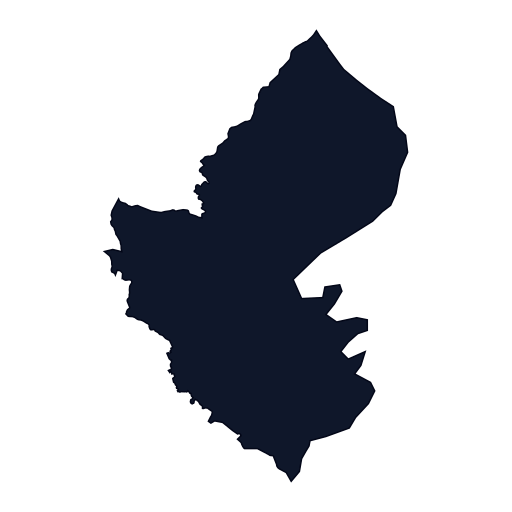 the district of Effia Kwesimintsim Municipal, Western, Ghana
{"feature_id": "2480657B49181902253284", "entity_name": "Effia Kwesimintsim Municipal", "entity_type": "district", "adm_level": 2, "iso_a3": "GHA", "parent_name": "Ghana", "parent_adm1": "Western", "projection": "mercator", "projection_center": [-1.811, 4.965], "detail": "fine", "context": "isolated", "style": "filled", "palette": "ink", "viewbox_px": 512, "rotation_deg": 0, "n_neighbors": 0, "source": "geoboundaries", "source_scale": "gbopen_adm2", "svg_char_len": 6093}
<svg xmlns="http://www.w3.org/2000/svg" viewBox="0 0 512 512"><path d="M111.7,261.1L111.8,264.4L112.1,265.6L112.2,266.7L111.4,268.9L111.3,270.2L111.8,271.9L113.9,272.9L114.6,273.5L115.0,274.0L115.4,275.0L117.2,270.2L120.4,270.8L122.6,273.2L122.2,278.6L122.7,278.6L124.3,279.7L125.2,280.1L126.7,280.1L128.8,279.8L129.5,279.8L130.4,280.0L131.1,280.3L131.6,280.9L131.7,281.2L131.8,282.2L131.7,282.9L131.4,283.5L130.9,284.1L129.8,286.1L129.7,286.5L129.4,289.9L129.6,291.9L129.6,293.2L129.2,294.6L129.3,296.1L129.1,297.4L128.8,298.0L127.6,299.1L127.2,300.1L127.2,300.8L127.4,301.6L129.7,307.3L129.7,307.6L129.5,308.2L127.6,309.7L127.2,310.4L126.6,311.7L126.6,312.6L125.9,313.9L128.1,316.2L128.8,316.4L132.6,316.6L134.8,317.4L137.3,319.2L138.0,319.5L138.7,319.7L140.9,320.0L141.9,320.4L143.5,321.1L146.4,323.0L148.1,323.8L148.7,324.3L149.0,324.9L149.3,325.8L149.1,326.4L149.3,327.2L149.9,328.8L150.6,329.7L151.6,329.8L153.5,329.5L154.2,329.6L154.5,329.8L155.0,330.4L155.2,331.0L157.9,332.4L158.6,333.0L159.0,333.6L159.6,334.2L160.2,334.6L160.6,334.6L161.5,334.9L162.9,335.5L165.6,338.4L167.6,339.5L169.6,340.4L172.6,346.9L172.0,348.1L171.4,348.0L171.0,348.2L170.9,348.5L171.2,349.1L171.3,349.8L170.1,351.2L171.0,352.1L169.8,353.1L168.8,353.1L168.3,352.7L166.9,353.3L169.2,358.7L170.7,360.1L171.5,360.1L171.5,362.8L170.5,364.2L170.5,365.9L170.8,366.1L171.0,366.4L170.8,366.7L171.2,367.5L171.5,367.6L171.6,367.9L170.7,370.0L169.9,369.8L168.4,370.5L169.8,372.5L170.4,371.7L171.0,371.8L171.4,372.4L171.9,374.0L172.5,373.7L174.3,374.1L174.2,374.7L174.3,375.3L174.6,376.0L174.8,376.6L174.6,377.0L173.0,378.2L172.8,378.4L172.9,379.1L173.6,382.2L174.8,383.0L175.5,384.9L176.3,385.5L176.7,386.1L176.8,386.5L176.4,387.6L176.6,388.3L177.0,388.5L177.6,388.5L178.2,388.8L178.3,389.5L177.4,390.6L178.0,391.7L179.0,391.5L179.9,392.1L181.0,391.6L182.9,391.7L184.2,391.7L184.9,391.8L185.5,391.6L185.8,391.6L186.5,391.9L187.0,391.8L187.3,391.2L187.8,390.7L189.3,392.2L189.6,392.9L189.8,393.1L190.1,393.3L191.1,393.5L191.1,394.5L191.6,396.2L193.0,397.5L191.9,399.3L190.9,399.6L190.4,401.5L190.7,402.9L191.3,403.2L192.1,403.9L192.8,403.3L193.5,403.3L193.9,402.8L194.1,401.6L194.1,400.8L194.7,400.3L195.1,399.4L195.4,399.3L196.1,399.8L196.7,399.8L197.3,400.7L197.6,400.9L197.9,400.9L198.3,401.1L200.0,404.2L200.3,404.5L201.9,405.6L202.2,405.9L202.5,406.9L202.5,408.4L203.6,408.5L204.9,407.9L207.3,408.0L207.6,408.1L209.0,409.2L211.8,411.1L212.1,411.4L212.3,412.1L212.1,413.3L211.7,415.0L211.2,416.1L210.6,416.9L208.4,421.3L210.9,423.1L214.6,420.9L222.6,422.4L232.6,430.5L237.5,433.9L237.8,434.0L238.8,433.5L239.3,433.5L240.1,434.1L240.4,434.2L240.8,434.8L240.7,435.1L240.9,435.3L240.8,435.6L240.9,435.9L237.5,439.2L240.3,441.7L241.3,442.7L241.8,444.4L242.8,446.5L243.9,448.1L244.6,448.6L257.5,448.6L268.9,454.6L269.5,455.1L270.2,455.4L272.8,455.7L273.4,456.1L273.8,456.7L273.8,457.2L276.6,464.4L276.8,465.8L277.1,466.2L277.1,466.5L277.3,466.6L277.4,466.9L278.0,467.8L279.4,468.9L286.2,472.5L291.2,481.3L299.4,471.5L301.6,458.7L305.8,451.3L309.0,446.0L310.0,440.7L325.9,436.5L349.3,428.0L355.6,417.4L368.4,403.6L374.7,390.9L370.5,382.4L354.6,373.9L360.9,365.4L365.2,351.6L348.2,359.1L340.8,351.6L348.2,342.1L357.8,333.6L367.3,330.4L367.3,319.8L356.7,317.7L336.6,322.0L325.9,314.5L334.4,303.9L341.9,291.2L339.7,284.8L324.9,287.0L322.8,297.6L301.6,298.6L293.1,279.5L320.6,253.0L347.2,237.1L372.6,221.2L382.2,211.7L390.6,205.3L395.9,193.6L400.2,169.3L407.6,152.3L405.5,135.3L397.0,126.8L393.3,106.7L381.0,98.7L367.2,88.7L356.4,80.2L343.7,69.5L339.5,64.0L326.9,46.6L327.1,45.7L319.7,36.1L316.4,30.7L313.7,34.8L311.6,37.1L309.5,39.0L307.5,41.0L306.6,41.5L305.3,41.8L304.4,42.4L302.9,43.0L302.1,43.6L299.4,45.1L295.3,47.7L294.4,48.7L292.2,50.7L291.7,51.6L291.1,53.0L290.8,56.0L290.1,58.7L289.7,59.6L283.2,66.7L279.9,69.5L278.9,74.6L270.2,82.6L269.0,86.8L263.2,87.3L262.0,88.6L261.2,89.1L259.0,93.7L258.7,94.8L258.8,98.0L258.5,99.2L256.3,102.4L255.3,104.3L255.0,105.6L255.2,106.7L253.6,114.2L252.9,115.4L251.3,119.3L250.3,120.5L247.7,121.4L245.2,121.6L241.0,123.8L237.3,126.1L234.7,126.9L231.6,127.4L229.9,128.8L228.0,133.7L228.5,136.3L228.5,137.2L228.2,138.5L224.8,140.8L222.8,143.1L218.6,145.9L217.9,146.8L217.7,147.3L217.1,151.1L216.9,151.8L216.2,153.1L214.6,154.8L214.3,155.1L210.8,156.1L210.1,156.4L208.3,156.2L206.3,156.6L205.0,157.0L204.4,157.6L203.6,158.7L202.6,159.5L200.8,160.8L200.6,161.4L201.4,162.2L202.1,162.6L203.0,164.1L204.3,165.3L202.7,166.8L202.1,167.1L200.5,168.5L199.8,169.4L199.6,170.0L199.5,170.7L200.1,171.8L201.4,172.3L201.8,172.5L202.4,173.5L202.6,174.7L202.9,175.1L205.8,177.0L206.4,177.7L206.8,178.1L207.4,180.1L208.1,181.1L208.7,181.6L209.1,182.2L209.1,182.9L208.8,183.5L208.5,183.7L207.4,183.4L207.0,182.8L206.4,182.2L205.7,181.8L205.1,181.7L204.0,182.2L202.5,183.9L201.9,184.4L201.3,186.0L200.6,186.4L200.3,186.4L198.5,185.1L197.8,184.8L196.5,185.1L196.0,185.8L195.7,186.8L195.7,187.7L195.9,188.7L195.7,189.4L195.0,190.3L194.4,190.8L194.2,191.2L194.4,191.8L196.1,192.4L196.7,193.5L197.2,194.0L197.6,194.1L198.2,194.1L199.2,194.4L199.4,194.7L199.4,195.3L198.5,196.6L198.3,197.5L198.4,198.5L198.8,199.2L199.5,199.2L200.8,199.6L202.4,200.9L203.6,202.8L203.8,203.1L203.5,203.7L202.2,204.0L202.2,205.1L202.6,205.7L202.6,206.6L201.4,208.0L202.0,208.8L204.8,210.3L205.2,210.6L205.3,211.0L205.5,211.9L205.3,212.5L204.7,212.9L203.7,213.3L202.7,213.6L202.4,213.7L201.9,214.2L201.9,217.9L201.2,217.6L198.7,217.4L195.9,216.0L193.2,215.1L189.6,214.0L188.8,212.6L188.5,211.3L188.2,210.7L187.1,210.1L183.1,209.7L178.0,210.6L175.8,211.2L175.1,210.9L174.0,210.1L172.6,209.9L170.4,210.8L164.8,211.6L161.4,212.5L159.7,212.4L151.6,211.2L140.1,206.7L137.6,205.5L135.3,205.8L131.7,206.9L129.7,206.1L127.9,205.7L127.2,204.8L125.3,203.4L123.2,202.9L121.2,202.2L119.5,201.1L118.6,198.9L112.1,211.0L111.2,215.2L112.1,217.9L112.0,220.0L110.7,221.7L111.1,224.1L112.1,225.7L114.1,227.6L114.5,229.5L115.3,231.1L116.0,234.4L117.0,235.6L120.2,241.2L120.6,243.8L121.1,245.2L121.2,246.6L121.2,248.5L121.8,251.7L112.8,249.5L104.4,251.5L109.6,255.8L110.5,257.2L111.7,261.1Z" fill="#0f172a" stroke="#020617" stroke-width="1.5"/></svg>